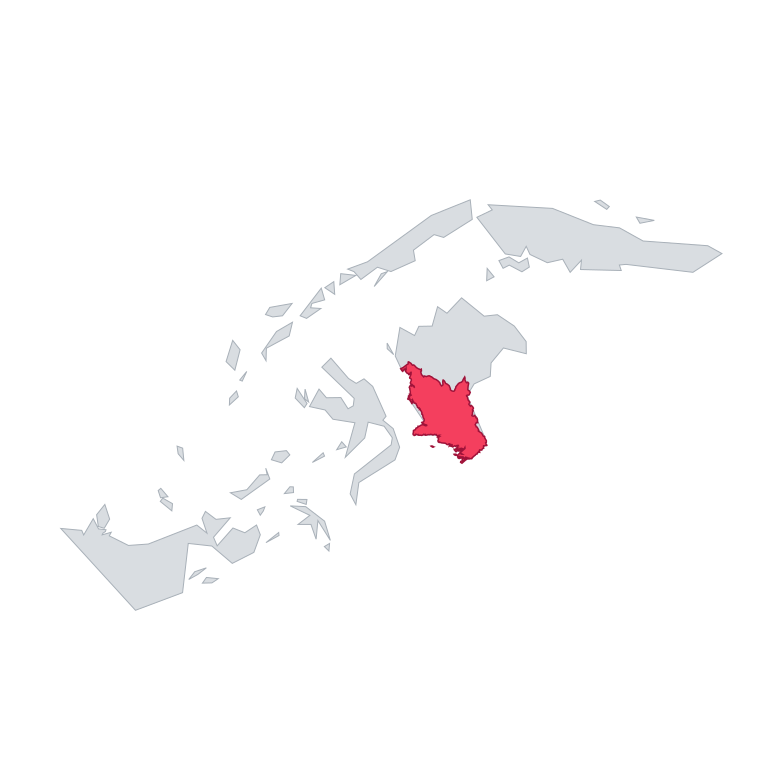 where Kalimantan Timur sits in Indonesia, rotated 137°
{"feature_id": "IDN-1185", "entity_name": "Kalimantan Timur", "entity_type": "Province", "adm_level": 1, "iso_a3": "IDN", "parent_name": "Indonesia", "parent_adm1": "", "projection": "natural_earth1", "projection_center": [116.728, 1.017], "detail": "fine", "context": "in_parent", "style": "filled", "palette": "rose", "viewbox_px": 768, "rotation_deg": 137, "n_neighbors": 0, "source": "natural_earth", "source_scale": "10m", "svg_char_len": 9855}
<svg xmlns="http://www.w3.org/2000/svg" viewBox="0 0 768 768"><g transform="rotate(137 384 384)"><path d="M259.3,309.1L272.1,328.9L291.3,326.4L301.1,317.1L318.0,322.6L331.1,318.9L348.2,272.3L369.1,269.8L379.1,280.8L368.5,282.0L383.3,304.2L379.2,309.1L396.8,326.9L381.0,324.9L375.9,356.7L363.8,361.4L357.0,374.0L361.3,382.7L356.7,396.8L333.8,414.5L328.6,398.6L319.2,402.4L309.3,393.5L292.1,404.0L289.7,392.8L268.5,394.1L264.5,365.3L253.8,357.3L249.2,337.5L251.1,318.1L259.3,309.1ZM47.9,248.9L81.9,255.0L125.4,306.4L130.7,310.5L133.1,305.2L162.2,333.7L155.1,339.9L171.7,338.7L168.2,353.4L181.8,361.3L188.9,379.2L186.1,387.7L197.1,384.1L206.6,396.4L202.4,442.6L186.1,437.5L185.6,444.1L141.0,397.5L122.2,357.7L105.3,337.6L97.0,311.9L52.9,264.3L47.9,248.9ZM720.1,388.0L718.9,498.8L704.9,483.1L706.6,478.4L688.5,483.8L691.6,472.7L686.7,467.0L688.4,466.1L691.3,466.6L693.0,465.9L684.6,461.6L688.5,460.3L681.0,440.2L665.5,427.7L617.1,408.5L615.2,395.6L608.7,409.9L601.5,412.6L599.2,399.6L587.7,391.0L613.2,388.2L616.4,379.4L592.7,381.7L587.2,370.1L573.4,367.8L577.3,358.1L594.0,349.6L617.3,356.3L620.4,382.9L635.9,400.9L673.6,368.8L720.1,388.0ZM483.7,326.7L467.0,338.4L420.3,334.6L414.6,339.0L412.7,353.0L421.6,366.9L434.9,357.7L462.3,356.8L431.7,375.5L445.4,393.1L444.8,405.2L453.9,418.3L435.0,424.6L435.5,413.2L424.8,403.5L427.2,390.4L421.4,389.0L415.6,393.8L418.0,438.7L405.2,439.1L406.2,412.2L403.9,403.4L395.1,401.4L393.9,389.9L404.5,359.0L409.5,358.3L407.7,345.1L415.7,327.1L427.7,321.0L469.6,329.1L486.9,314.9L483.7,326.7ZM207.2,444.2L240.4,450.5L245.5,459.1L271.2,461.8L277.1,452.9L302.2,461.5L309.2,473.9L329.6,476.2L329.3,486.6L332.2,492.8L312.7,484.6L234.4,475.0L195.3,459.9L207.2,444.2ZM525.5,329.2L539.5,316.8L533.2,331.1L542.6,339.9L527.8,338.5L535.7,358.8L524.9,347.7L521.0,324.2L529.9,306.2L525.5,329.2ZM532.3,392.4L567.1,396.9L570.5,409.2L556.4,400.2L536.9,402.3L531.3,397.3L527.9,403.1L532.3,392.4ZM452.4,490.1L426.8,495.7L408.8,491.6L420.6,483.8L445.6,490.4L454.4,481.5L452.4,490.1ZM378.7,482.3L395.9,484.8L398.8,491.1L364.5,496.9L370.0,486.0L381.8,492.1L385.7,489.8L378.7,482.3ZM483.7,495.8L484.2,508.1L464.9,519.1L465.9,507.2L483.7,495.8ZM206.6,372.0L211.3,385.5L218.0,387.4L215.8,395.9L205.9,391.7L202.8,380.7L193.2,378.3L198.0,370.4L206.6,372.0ZM683.3,484.4L670.3,486.3L676.8,472.3L687.0,469.3L690.1,474.6L683.3,484.4ZM411.7,503.1L419.7,509.0L423.3,515.6L415.3,517.9L396.3,505.6L411.7,503.1ZM512.6,396.1L518.0,405.4L510.0,408.6L500.8,401.8L501.2,396.4L512.6,396.1ZM330.5,482.6L348.6,486.7L340.4,494.2L330.5,482.6ZM358.9,483.2L361.6,494.8L350.9,493.1L358.9,483.2ZM238.5,389.5L229.7,398.2L230.4,387.3L238.5,389.5ZM625.7,435.9L627.7,450.7L623.6,451.4L620.3,440.7L625.7,435.9ZM324.7,462.0L310.8,466.5L304.9,463.9L324.7,462.0ZM458.4,421.0L458.5,434.3L450.5,440.0L453.6,422.2L458.4,421.0ZM74.7,319.3L87.2,327.0L85.6,334.0L74.7,319.3ZM105.4,373.8L100.4,371.0L98.2,360.1L102.0,359.8L105.4,373.8ZM577.7,479.7L575.0,474.4L582.5,464.6L582.1,473.4L577.7,479.7ZM564.1,344.8L578.5,348.5L562.3,347.2L564.1,344.8ZM476.7,371.8L489.9,375.5L475.4,375.2L476.7,371.8ZM452.2,427.5L445.2,434.1L451.4,422.2L452.2,427.5ZM638.0,354.7L645.5,355.9L652.6,362.2L645.8,363.6L638.0,354.7ZM511.4,474.1L506.5,478.9L496.6,479.5L499.3,474.0L511.4,474.1ZM625.0,453.2L621.8,460.1L618.4,459.9L618.9,448.9L625.0,453.2ZM531.6,371.8L522.9,373.0L520.5,370.6L524.2,366.3L531.6,371.8ZM639.3,370.7L650.0,371.7L660.1,374.2L650.4,375.8L639.3,370.7ZM454.5,363.7L463.4,368.2L454.3,370.6L454.5,363.7ZM538.5,305.8L532.6,304.5L538.2,299.4L538.5,305.8ZM475.8,486.8L485.7,482.8L486.8,485.3L475.8,486.8ZM564.0,372.4L562.4,378.4L554.9,375.4L558.7,373.5L564.0,372.4ZM357.6,407.6L353.8,411.8L356.9,398.9L357.6,407.6ZM523.0,349.0L527.6,357.4L525.9,358.6L519.1,352.1L523.0,349.0Z" fill="#d9dde1" stroke="#a8b0b8" stroke-width="1"/><path d="M360.6,268.8L361.4,269.9L361.6,269.9L362.0,269.7L362.4,269.9L362.9,269.8L363.4,269.3L364.8,269.9L365.9,269.7L367.4,269.9L370.1,269.9L370.4,269.5L370.8,269.5L371.7,270.4L372.9,271.1L374.1,272.4L375.6,272.6L376.0,272.8L375.3,273.5L373.1,272.7L373.6,273.4L373.5,273.9L374.5,274.2L374.6,274.4L374.5,274.8L375.3,274.7L376.7,276.3L377.6,276.7L377.8,277.1L377.2,277.3L376.0,276.7L375.3,276.7L376.2,277.0L377.0,277.7L377.7,277.5L378.2,277.9L379.1,279.3L378.0,279.3L378.4,279.8L379.7,280.1L379.8,280.3L379.8,280.6L378.6,281.7L376.9,281.8L375.7,281.3L375.0,279.5L374.5,279.1L374.9,280.5L375.3,281.5L375.3,281.9L375.1,282.2L374.0,281.8L369.0,281.6L368.5,281.8L368.1,282.4L368.9,282.1L370.6,282.1L370.8,282.3L370.6,283.1L371.2,284.2L372.1,284.6L372.4,285.1L373.1,284.9L374.2,285.2L374.1,286.2L373.1,287.4L372.9,288.4L372.5,288.6L371.7,288.1L371.6,288.6L372.8,289.4L374.3,289.6L374.3,290.4L374.7,290.8L375.9,290.8L376.7,291.1L376.9,291.8L375.9,292.8L376.5,292.9L377.3,292.6L377.7,293.2L375.6,293.9L378.5,294.2L376.8,295.5L377.5,296.0L378.7,296.2L379.2,296.7L379.4,298.4L379.8,299.2L382.0,301.6L382.9,303.4L383.0,303.1L383.6,303.8L383.8,304.8L383.2,305.8L381.7,306.5L381.1,308.0L379.8,307.8L380.9,308.7L379.8,309.0L378.5,308.8L378.7,309.0L379.7,309.3L380.2,309.9L380.5,309.7L380.5,310.9L380.2,311.3L380.8,311.7L381.2,312.6L382.5,313.2L383.0,313.3L383.1,313.9L384.2,315.4L385.1,315.8L386.3,317.0L387.5,317.5L388.6,318.3L388.2,318.9L388.9,319.2L389.1,319.9L389.4,319.7L390.1,320.2L391.4,320.6L392.3,321.8L393.4,322.7L393.9,323.5L393.6,323.8L394.2,324.2L395.0,325.6L395.4,325.6L395.8,325.2L396.8,325.6L397.1,325.9L397.0,326.5L397.2,327.0L396.4,328.1L395.1,328.8L394.7,329.5L394.1,329.9L392.1,329.2L390.7,329.9L389.3,329.3L388.6,329.3L388.0,329.9L387.0,329.0L385.1,328.7L383.8,328.1L383.0,327.3L382.2,325.2L381.2,324.5L380.8,324.7L380.9,325.2L382.0,326.9L382.1,327.8L382.7,328.7L382.8,330.0L382.1,330.1L381.6,329.5L380.9,329.3L379.6,329.8L378.6,331.0L378.2,332.8L376.8,335.1L376.7,335.4L376.9,336.2L376.0,337.0L375.3,338.6L375.3,339.8L374.7,340.8L374.7,341.0L375.3,341.2L374.6,341.7L374.6,342.6L375.0,342.7L374.8,343.0L375.2,343.3L375.4,344.1L374.8,345.2L374.4,347.1L374.0,347.7L374.1,348.4L374.6,349.2L374.9,349.3L375.0,349.6L374.8,350.2L374.4,350.9L374.5,351.4L374.1,352.5L376.4,350.8L376.9,350.7L376.9,351.2L376.5,351.7L375.9,351.9L375.8,352.1L376.5,352.5L376.4,353.4L376.2,353.7L375.4,353.9L376.1,354.3L376.1,354.6L375.6,355.1L375.8,355.3L374.7,355.5L376.7,356.1L376.9,356.5L376.8,356.9L376.0,357.1L375.5,357.4L374.8,357.2L374.9,357.7L374.4,357.6L374.2,358.5L373.7,358.5L373.2,357.9L373.0,358.5L372.6,358.9L372.5,357.9L371.8,357.4L371.3,359.1L370.1,360.3L368.6,362.7L368.2,363.0L368.0,364.1L367.0,364.7L365.0,365.1L365.0,364.4L365.2,363.9L364.9,363.9L364.7,364.3L364.5,363.3L363.9,362.5L364.1,361.0L363.9,361.0L363.5,361.8L363.5,362.7L364.1,363.7L363.8,364.4L364.6,364.8L364.2,365.7L364.1,366.8L361.3,368.2L360.9,368.8L360.8,369.5L361.2,370.5L360.9,371.2L357.7,372.6L356.2,374.0L356.5,374.3L357.1,374.3L357.8,373.8L358.4,373.9L358.5,373.6L359.4,373.8L359.5,374.1L359.0,375.0L359.8,376.0L359.6,376.9L359.7,378.3L359.2,378.9L357.9,379.5L357.1,380.5L358.4,380.0L358.6,380.2L358.7,380.9L359.0,381.1L360.6,380.4L360.7,380.5L360.9,381.2L361.7,380.7L361.8,381.4L361.4,383.8L358.7,383.0L353.6,382.5L352.9,382.2L351.8,382.9L351.6,383.4L351.1,383.6L350.8,383.2L350.2,380.7L350.4,378.4L350.1,378.1L349.5,377.9L349.1,377.1L349.1,373.9L348.4,371.4L347.9,370.7L347.7,369.7L346.6,369.4L347.7,368.0L348.8,367.9L350.0,365.6L350.2,364.1L350.1,362.1L349.1,362.4L347.9,360.5L346.0,359.7L345.0,358.7L344.9,357.7L344.3,356.8L343.9,353.8L342.8,351.6L342.3,348.9L342.4,346.7L343.0,345.5L343.3,343.4L342.3,343.1L341.4,343.2L339.5,345.6L338.8,346.0L338.3,346.6L337.9,346.4L337.8,344.8L338.5,342.4L337.8,340.6L337.5,338.3L338.6,335.4L339.3,334.7L339.4,334.3L339.1,332.8L338.6,331.9L337.9,331.1L336.6,331.1L336.1,331.6L334.3,332.2L333.3,333.0L329.1,333.6L327.2,333.1L326.2,332.5L324.3,332.6L323.1,333.3L320.2,334.1L320.7,333.0L321.3,332.6L322.2,331.4L322.8,328.9L322.7,328.4L322.4,328.2L321.5,328.2L321.5,327.0L321.9,326.5L323.8,325.2L326.5,322.8L326.6,321.9L326.3,320.7L326.6,319.1L329.0,318.0L329.7,318.2L330.9,319.2L331.6,319.2L331.9,318.6L331.8,317.5L332.7,316.4L333.4,314.8L333.5,312.3L333.8,312.0L334.8,311.8L335.8,311.2L335.9,308.9L335.0,309.0L334.6,307.3L335.0,305.4L335.4,305.1L337.0,304.7L337.1,303.5L337.8,303.5L339.2,302.4L339.8,301.6L341.1,301.2L341.3,300.9L341.1,300.2L340.5,299.4L339.9,299.2L339.3,299.5L339.1,299.2L339.3,298.1L339.1,297.5L339.6,297.0L339.8,296.6L339.2,295.5L339.7,294.9L340.0,294.0L341.3,292.9L341.8,291.8L342.8,292.8L345.1,292.0L345.3,290.7L345.8,289.9L345.4,289.3L345.3,289.0L345.9,286.5L346.4,285.3L346.8,285.5L347.1,285.2L346.2,281.9L346.3,280.5L346.9,278.5L346.9,278.0L346.2,277.3L346.2,276.9L346.8,276.4L347.2,275.6L347.8,272.7L349.0,271.5L349.6,271.7L349.7,271.3L350.3,270.8L350.3,269.7L350.7,268.9L351.0,269.0L351.2,269.6L352.6,270.0L352.9,270.6L353.3,270.9L354.6,269.7L354.8,269.1L356.3,269.5L357.5,269.0L357.9,269.5L358.2,269.5L358.7,270.5L359.0,270.6L359.5,270.1L359.8,270.2L360.2,270.0L360.1,269.6L360.6,268.8ZM375.2,284.4L374.9,284.8L373.1,284.1L371.6,284.0L371.0,283.6L370.8,283.0L371.6,282.5L372.2,282.8L373.4,282.9L374.0,283.6L375.1,284.0L375.2,284.4ZM376.0,285.1L377.5,285.3L377.7,285.8L377.4,287.0L377.5,287.9L377.2,288.4L376.8,287.7L375.8,286.9L375.5,285.7L375.6,285.3L376.0,285.1ZM378.0,272.8L381.0,272.9L381.4,274.5L380.7,275.0L380.0,274.9L378.0,272.8ZM377.4,273.0L378.7,274.2L378.7,274.7L378.0,275.8L377.4,275.8L376.8,275.3L376.4,274.5L376.6,273.7L377.4,273.0ZM380.8,284.1L380.7,284.8L379.8,284.2L379.2,283.4L379.2,282.7L379.5,282.5L380.1,282.8L380.8,284.1ZM374.5,286.7L375.4,287.2L375.4,287.6L374.4,287.6L374.0,287.8L373.8,287.6L373.7,287.4L374.0,286.8L374.5,286.7ZM380.1,279.0L379.2,278.6L378.4,277.8L378.9,277.7L379.5,278.0L380.0,278.5L380.1,279.0ZM391.2,305.4L392.0,306.3L392.0,306.5L391.3,306.1L390.9,305.5L390.5,304.3L390.8,304.1L391.7,304.9L391.6,305.1L390.8,304.6L391.2,305.4Z" fill="#f43f5e" stroke="#9f1239" stroke-width="1.5"/></g></svg>